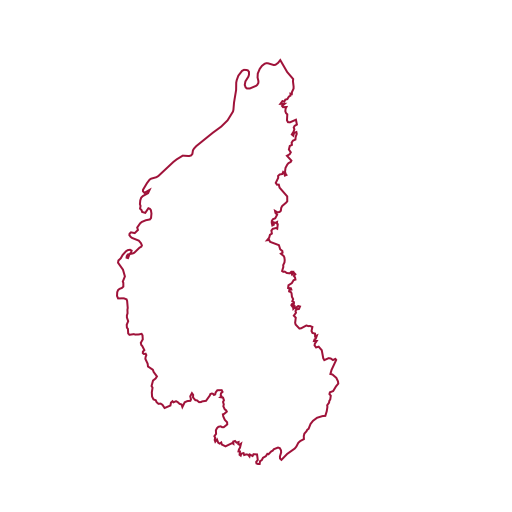 the district of Montes Claros de Goiás, Goiás, Brazil, rotated 25°
{"feature_id": "56859067B96767902593649", "entity_name": "Montes Claros de Goiás", "entity_type": "district", "adm_level": 2, "iso_a3": "BRA", "parent_name": "Brazil", "parent_adm1": "Goiás", "projection": "equal_earth", "projection_center": [-51.564, -15.848], "detail": "fine", "context": "isolated", "style": "outline", "palette": "rose", "viewbox_px": 512, "rotation_deg": 25, "n_neighbors": 0, "source": "geoboundaries", "source_scale": "gbopen_adm2", "svg_char_len": 6137}
<svg xmlns="http://www.w3.org/2000/svg" viewBox="0 0 512 512"><g transform="rotate(25 256 256)"><path d="M125.6,243.8L126.2,245.1L128.2,245.9L131.6,241.1L131.6,244.7L128.1,249.5L127.3,251.6L127.6,254.5L128.9,258.1L130.2,259.4L130.9,262.1L132.9,262.8L134.2,264.2L137.4,263.7L138.3,258.2L139.9,258.1L141.4,258.9L143.3,261.7L144.8,265.9L144.4,267.7L141.1,270.1L138.1,273.4L137.2,275.3L136.3,280.4L138.0,282.3L136.4,286.5L132.7,287.4L132.0,289.2L132.4,290.6L134.2,291.6L135.9,292.0L143.3,291.6L146.3,293.0L148.1,294.6L148.1,296.0L146.9,297.7L144.3,304.5L143.3,305.7L140.6,307.7L141.3,305.8L141.0,303.7L139.2,303.6L137.3,304.9L136.2,306.6L134.7,311.4L134.4,315.3L133.2,318.2L133.8,320.4L141.2,324.6L145.8,329.9L146.1,335.5L147.1,336.4L148.7,339.8L148.0,341.6L146.2,343.5L145.4,345.2L145.5,347.4L146.9,350.9L148.9,352.7L154.2,350.2L157.0,350.0L158.2,351.2L161.7,357.3L162.2,359.1L163.8,362.2L164.1,364.4L165.0,366.3L167.7,369.1L167.9,373.0L169.3,375.5L170.7,376.2L172.9,380.2L174.6,380.9L178.2,378.5L179.9,378.2L183.0,376.6L185.2,374.9L186.7,375.9L188.6,379.4L188.3,383.4L189.6,385.1L190.9,385.6L194.6,388.5L193.9,390.4L194.5,391.9L195.8,392.2L197.3,391.2L198.5,392.2L198.6,394.1L199.2,396.0L203.3,399.4L204.8,401.8L210.6,402.7L212.3,404.4L217.1,407.0L216.8,409.4L215.3,412.4L216.3,418.0L217.9,419.1L219.2,423.6L221.2,427.3L223.7,429.3L226.1,429.1L227.7,430.5L230.1,431.2L231.9,430.1L234.1,430.4L237.4,432.4L241.6,427.7L240.9,424.8L241.7,422.9L243.0,423.5L244.9,421.4L246.7,421.5L249.3,422.3L251.2,422.0L253.1,424.0L253.2,418.7L255.1,416.5L257.7,415.0L257.7,413.5L255.7,410.9L255.9,407.4L257.7,408.4L258.7,410.8L262.0,412.3L263.5,411.8L266.1,412.5L267.8,411.7L268.7,410.5L271.9,408.4L273.1,402.0L273.0,400.4L274.1,399.3L275.3,399.1L276.6,399.7L277.5,398.7L277.1,396.7L277.7,394.0L281.6,392.1L283.1,393.3L282.3,395.2L282.8,397.0L284.0,397.7L283.4,399.0L286.0,398.3L287.9,400.3L287.8,402.2L289.5,404.1L289.9,406.0L292.5,408.2L294.2,408.5L295.3,409.4L293.9,412.5L292.9,413.5L294.2,415.3L297.0,417.7L300.1,418.9L301.1,420.8L299.1,424.8L297.6,425.5L296.0,425.3L294.1,426.7L293.4,428.5L293.3,430.9L295.0,434.1L294.4,436.9L295.8,437.9L296.3,440.2L297.6,441.5L298.2,438.8L300.7,441.2L302.3,441.4L303.3,439.7L304.7,441.3L308.8,441.4L313.5,435.6L314.9,435.8L313.8,433.8L315.2,432.5L317.3,433.4L318.8,432.0L319.5,434.0L320.8,434.1L321.7,432.5L322.5,436.5L322.3,438.5L322.7,440.5L324.1,440.0L325.1,443.1L326.5,443.4L326.2,441.4L328.0,439.9L329.4,441.4L330.9,440.0L332.8,439.4L334.8,440.4L334.4,438.5L337.4,438.7L337.5,436.7L340.8,435.4L343.8,440.1L343.2,442.6L344.1,443.8L345.7,443.7L347.2,443.0L346.4,440.3L347.5,438.5L347.6,435.9L349.5,433.3L349.9,430.5L351.1,430.4L352.4,426.6L353.4,425.4L353.8,423.6L356.9,420.3L358.8,420.1L360.8,421.6L361.8,423.4L362.4,427.6L363.4,429.4L365.2,430.0L367.9,422.2L372.5,414.1L373.1,411.7L373.3,407.4L374.3,405.0L376.8,401.7L375.4,399.0L374.9,396.5L375.8,393.6L375.9,391.8L376.7,390.4L376.4,385.1L377.3,381.3L379.7,376.8L383.9,373.0L386.4,371.6L385.7,366.8L384.5,362.6L383.6,361.2L384.2,358.0L383.7,356.5L383.9,354.6L382.8,351.0L380.9,350.1L380.6,348.3L383.0,345.8L383.6,340.3L384.5,336.9L383.3,335.0L380.3,332.5L375.4,331.1L373.3,331.5L372.6,327.3L372.6,316.3L371.4,315.7L369.7,317.8L367.0,317.3L365.0,317.9L361.9,321.5L360.2,320.3L355.4,313.6L351.1,311.7L349.1,313.5L346.8,312.2L346.4,310.6L346.9,307.4L344.5,308.6L344.3,306.9L345.1,305.7L344.8,302.3L343.5,303.8L342.3,301.4L339.7,301.9L338.0,300.5L337.1,296.5L334.5,296.6L333.2,297.4L331.0,297.7L327.5,302.4L326.0,303.4L320.9,301.4L319.7,300.0L318.1,295.1L315.5,294.1L316.2,290.5L315.1,289.3L315.1,287.4L313.9,286.2L312.8,286.8L312.2,288.2L311.5,287.1L312.2,285.1L310.8,284.8L310.0,286.3L308.8,285.6L309.0,284.1L310.5,283.2L309.9,281.8L308.0,281.6L307.9,279.4L305.8,277.8L304.0,274.8L303.0,274.0L301.0,274.1L300.5,272.6L302.2,271.5L301.2,270.5L298.6,271.4L297.8,268.8L299.9,265.5L300.3,262.0L301.7,260.7L300.4,258.9L298.7,258.1L299.4,255.9L297.6,255.2L296.5,257.6L295.5,256.7L295.9,254.8L294.7,255.3L293.8,257.5L291.1,258.4L288.6,258.0L287.4,258.8L286.0,258.6L285.4,254.4L284.5,252.8L284.5,249.7L283.7,247.5L282.3,245.3L281.1,244.3L277.6,243.4L278.7,241.8L277.7,240.3L275.1,239.7L272.2,236.5L262.8,237.2L261.1,235.9L259.4,237.0L260.2,233.9L259.7,230.9L260.9,229.0L259.2,226.4L259.7,224.3L262.3,222.2L263.7,222.3L262.3,218.0L261.2,217.8L260.7,216.3L259.5,217.8L257.8,218.0L258.9,220.1L257.9,221.4L256.2,219.2L255.5,217.5L255.8,215.5L257.5,213.7L257.7,209.6L255.5,208.8L254.2,207.1L257.0,207.4L258.8,206.1L259.4,204.5L258.5,201.7L258.6,199.6L260.8,194.8L261.2,193.2L259.1,188.8L248.5,184.1L246.5,181.7L244.9,182.5L243.0,181.4L243.1,175.8L242.2,174.1L243.0,172.1L245.2,170.6L245.1,168.4L246.5,168.9L248.2,170.9L249.3,169.7L248.2,169.1L246.7,167.4L245.5,163.7L245.7,159.9L246.2,158.1L247.7,156.1L247.8,154.6L241.7,152.1L243.5,149.6L243.7,147.3L240.8,145.6L240.1,142.0L241.6,140.1L240.4,138.2L240.7,135.9L242.5,133.8L241.6,131.3L241.3,128.1L240.2,126.6L238.5,128.4L238.9,131.2L237.1,130.7L237.5,127.5L237.2,124.9L235.9,123.6L236.0,121.7L237.5,119.6L234.6,115.6L230.3,120.5L228.4,121.2L226.7,119.9L224.5,114.4L222.8,113.8L221.4,112.4L220.5,109.8L220.6,108.1L217.6,109.7L216.2,109.0L217.6,106.0L213.8,107.8L214.5,104.4L216.4,104.1L216.5,101.9L218.1,100.6L218.4,97.7L219.5,96.0L218.6,94.3L220.0,94.1L219.3,92.2L219.3,88.4L218.5,86.6L215.7,82.1L214.9,79.9L206.5,76.1L195.2,68.2L194.4,71.6L192.9,74.4L191.5,75.4L185.3,76.3L183.9,76.9L182.6,78.1L181.0,81.2L180.3,84.9L180.5,89.9L182.0,93.6L184.3,96.5L185.0,98.2L184.8,100.4L184.2,101.7L179.7,106.7L176.9,108.0L175.4,107.6L173.5,105.7L172.6,102.2L173.3,96.7L173.0,94.6L171.8,92.1L170.1,91.2L168.6,91.5L166.4,92.4L165.1,94.1L163.8,100.0L164.2,104.7L164.8,107.2L167.8,113.9L171.2,126.1L173.7,132.9L174.1,134.8L172.9,145.1L169.8,153.4L164.8,162.5L155.4,181.7L154.4,184.9L154.2,186.9L155.2,190.4L154.7,192.3L153.1,193.7L147.2,196.0L143.3,201.9L141.4,205.6L133.7,224.8L132.4,226.7L128.2,230.3L127.3,231.8L126.4,235.9L125.6,243.8ZM140.6,307.7L140.9,312.0L139.4,312.2L138.9,310.6L139.2,308.8L140.6,307.7ZM315.1,287.4L317.3,285.9L317.2,283.2L315.4,283.5L314.6,285.0L315.1,287.4Z" fill="none" stroke="#9f1239" stroke-width="2"/></g></svg>